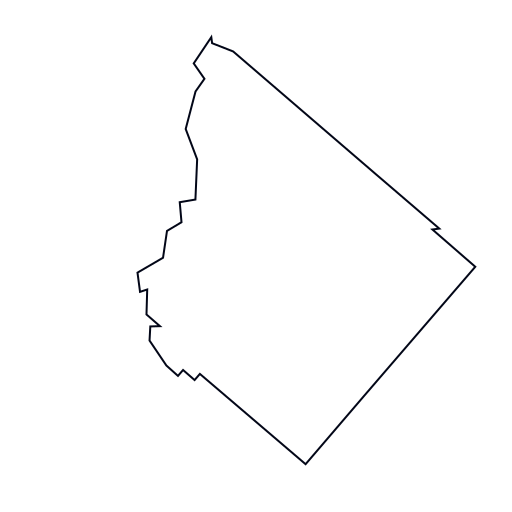 outline of Wilcox, Georgia, United States of America, rotated 220°
{"feature_id": "52423323B95461713566074", "entity_name": "Wilcox", "entity_type": "district", "adm_level": 2, "iso_a3": "USA", "parent_name": "United States of America", "parent_adm1": "Georgia", "projection": "natural_earth1", "projection_center": [-83.364, 31.989], "detail": "fine", "context": "isolated", "style": "outline", "palette": "ink", "viewbox_px": 512, "rotation_deg": 220, "n_neighbors": 0, "source": "geoboundaries", "source_scale": "gbopen_adm2", "svg_char_len": 558}
<svg xmlns="http://www.w3.org/2000/svg" viewBox="0 0 512 512"><g transform="rotate(220 256 256)"><path d="M81.1,388.7L137.9,389.7L133.2,394.8L187.4,395.4L216.5,395.7L405.0,398.0L426.4,390.8L430.9,394.9L427.5,363.5L409.4,358.6L408.1,343.2L391.5,308.1L363.2,292.2L338.7,260.3L349.0,248.2L334.8,234.0L340.3,218.0L326.1,194.9L336.1,167.1L321.8,154.0L317.8,160.4L302.3,140.8L284.5,140.5L291.7,134.1L283.2,122.8L254.3,114.5L238.7,114.0L238.6,121.8L223.3,121.5L223.2,129.6L84.2,128.4L83.3,217.5L81.1,388.7Z" fill="none" stroke="#020617" stroke-width="2"/></g></svg>